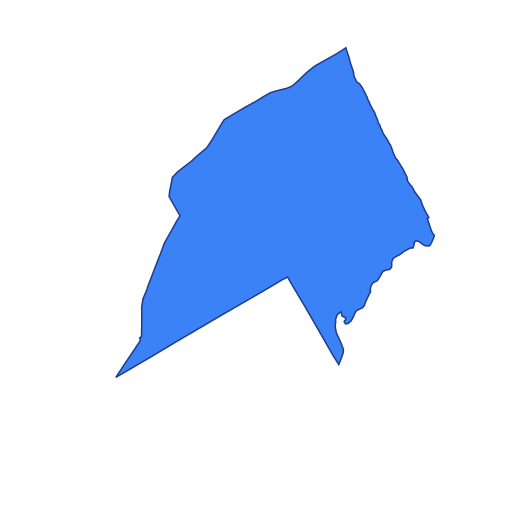 Saint Louis, Saint-Louis, Senegal (Mercator projection), rotated 150°
{"feature_id": "50182788B94115130730188", "entity_name": "Saint Louis", "entity_type": "district", "adm_level": 2, "iso_a3": "SEN", "parent_name": "Senegal", "parent_adm1": "Saint-Louis", "projection": "mercator", "projection_center": [-16.417, 15.987], "detail": "fine", "context": "isolated", "style": "filled", "palette": "blue", "viewbox_px": 512, "rotation_deg": 150, "n_neighbors": 0, "source": "geoboundaries", "source_scale": "gbopen_adm2", "svg_char_len": 3191}
<svg xmlns="http://www.w3.org/2000/svg" viewBox="0 0 512 512"><g transform="rotate(150 256 256)"><path d="M116.3,184.5L114.8,185.3L113.6,187.0L112.7,187.5L111.9,188.8L111.1,189.0L109.7,189.1L107.3,186.5L106.9,185.5L106.7,185.0L106.4,184.0L105.9,183.0L105.3,181.7L104.8,181.0L104.3,180.3L102.6,179.1L102.0,178.6L101.1,178.2L100.0,178.2L97.6,179.6L95.5,181.1L93.9,182.3L92.4,183.5L91.2,184.8L91.5,185.9L91.6,186.4L91.7,187.7L91.5,189.2L91.5,190.1L90.2,196.4L89.6,199.3L89.1,201.9L89.0,202.8L87.1,202.9L87.1,204.4L87.0,206.0L87.1,207.7L87.1,208.9L86.9,210.6L86.9,211.7L86.7,213.7L86.6,215.5L86.4,216.9L86.0,219.0L85.8,220.3L85.3,221.9L85.4,223.0L85.6,225.1L85.8,226.5L85.9,227.6L86.1,228.8L86.2,230.3L86.4,231.9L86.4,233.5L86.3,235.0L86.3,236.0L86.3,237.3L86.2,238.5L86.6,239.3L86.9,240.7L86.9,241.6L87.0,242.1L87.1,243.2L87.1,243.5L87.2,244.0L87.3,245.4L86.8,246.0L86.6,246.9L86.1,247.8L85.7,249.9L85.6,251.2L85.5,253.3L85.4,255.2L85.2,257.5L85.2,259.4L85.5,261.4L85.4,263.5L85.5,266.4L85.6,268.9L86.2,271.1L85.8,273.7L85.7,275.9L85.5,277.4L85.0,279.4L84.5,282.2L84.1,284.5L84.3,287.3L84.1,290.2L84.2,293.1L84.4,295.7L84.6,299.1L84.0,301.8L84.0,304.7L83.5,306.4L83.3,307.9L83.6,310.4L82.9,312.1L82.5,314.2L82.4,315.8L82.2,317.4L81.8,319.3L81.5,321.7L81.6,323.8L81.6,326.2L81.5,328.1L81.3,330.9L81.0,332.8L80.9,335.6L80.4,337.9L80.3,340.2L80.0,342.1L80.0,343.9L79.9,346.2L79.9,347.7L79.9,349.6L80.1,352.5L80.3,353.7L81.2,355.1L81.5,356.3L81.7,356.8L81.2,363.0L80.5,364.3L79.7,366.3L79.0,369.3L78.4,372.6L77.6,376.3L76.2,381.3L74.8,388.5L74.0,391.4L84.3,390.8L97.6,391.0L104.3,391.1L110.2,391.1L117.1,390.1L121.6,389.3L127.2,387.9L132.3,386.6L139.5,385.1L145.3,385.8L155.7,388.8L161.9,390.2L170.0,390.3L178.6,390.0L191.1,390.3L215.2,390.0L216.0,389.6L219.2,388.0L237.0,378.1L244.1,374.6L244.6,374.3L249.3,373.5L256.4,372.3L265.0,370.3L273.9,369.2L282.5,367.9L289.1,365.9L295.5,358.5L298.3,355.4L301.5,351.1L301.7,333.9L301.7,328.9L307.4,325.8L312.8,322.5L328.7,313.1L330.6,311.6L337.1,306.1L341.6,302.6L346.9,298.3L365.7,283.1L367.4,281.3L372.0,277.9L375.3,275.4L380.5,269.0L384.0,262.8L388.6,254.8L391.8,249.5L395.6,243.3L395.8,243.3L397.0,243.3L397.7,243.3L398.0,241.7L398.5,240.8L399.8,239.9L423.7,228.2L438.0,221.0L428.9,221.0L409.1,221.1L396.0,221.2L382.9,221.4L369.8,221.6L356.7,221.7L343.0,221.8L329.2,221.9L315.4,222.0L301.7,222.0L291.2,222.0L274.8,222.0L255.6,222.1L245.6,222.3L240.3,222.0L239.2,221.9L239.2,209.1L238.9,189.2L238.9,179.5L238.9,169.8L238.9,160.0L239.0,137.9L239.0,132.0L238.6,120.6L234.1,124.1L228.8,128.6L227.0,131.4L225.9,137.6L224.8,149.4L222.7,155.3L220.0,159.0L218.5,161.6L215.0,164.5L213.0,164.9L210.3,165.1L211.5,160.8L209.2,157.6L210.2,156.2L212.6,155.0L212.4,152.4L210.1,151.5L206.1,152.2L202.0,154.7L198.5,157.3L197.3,158.2L195.4,158.3L192.1,158.2L189.6,157.9L186.8,159.0L183.4,162.0L178.9,165.0L176.9,166.4L174.6,167.9L173.6,170.2L171.2,172.7L168.9,174.0L167.2,174.3L163.6,174.0L161.8,174.7L158.0,176.7L155.7,178.2L153.7,179.1L150.6,178.9L148.1,177.9L146.0,177.7L143.8,178.9L142.2,181.7L140.8,183.7L137.6,185.5L134.6,185.5L130.9,185.3L127.9,185.6L126.0,186.0L119.1,185.8L116.7,185.0L116.3,184.5Z" fill="#3b82f6" stroke="#1e3a8a" stroke-width="1.5"/></g></svg>